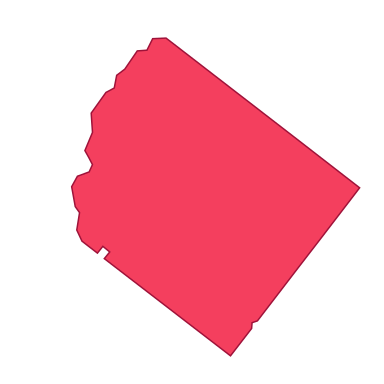 Coosa, Alabama, United States of America, rotated 38°
{"feature_id": "52423323B80267107041052", "entity_name": "Coosa", "entity_type": "district", "adm_level": 2, "iso_a3": "USA", "parent_name": "United States of America", "parent_adm1": "Alabama", "projection": "orthographic", "projection_center": [-86.325, 32.929], "detail": "fine", "context": "isolated", "style": "filled", "palette": "rose", "viewbox_px": 384, "rotation_deg": 38, "n_neighbors": 0, "source": "geoboundaries", "source_scale": "gbopen_adm2", "svg_char_len": 556}
<svg xmlns="http://www.w3.org/2000/svg" viewBox="0 0 384 384"><g transform="rotate(38 192 192)"><path d="M321.6,94.2L321.5,85.5L237.6,85.8L76.8,86.7L66.6,95.4L69.2,108.0L62.0,114.5L63.4,136.6L60.8,146.4L66.7,157.9L62.9,166.5L64.0,191.9L76.9,206.3L82.1,225.3L89.5,228.4L96.7,231.7L98.6,239.5L92.0,250.1L93.9,261.9L109.0,275.4L116.1,277.5L124.6,292.9L135.6,298.5L155.1,298.4L155.2,289.7L164.1,289.9L163.9,298.5L323.2,297.4L323.0,262.8L319.8,258.0L322.9,253.3L322.3,185.4L322.1,150.2L321.6,94.2Z" fill="#f43f5e" stroke="#9f1239" stroke-width="1.5"/></g></svg>